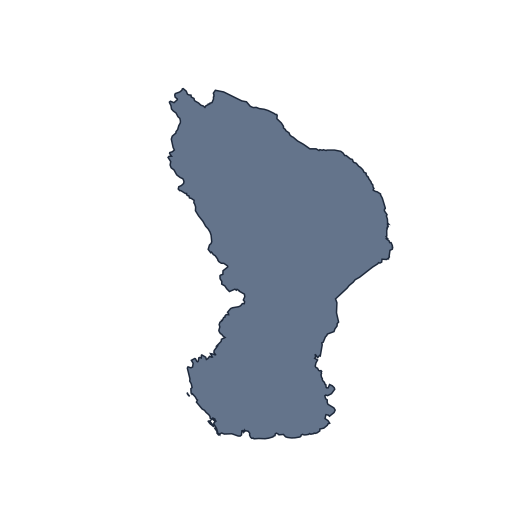 outline of Aceh Tamiang, Aceh, Indonesia, rotated 143°
{"feature_id": "22746128B57620394058931", "entity_name": "Aceh Tamiang", "entity_type": "district", "adm_level": 2, "iso_a3": "IDN", "parent_name": "Indonesia", "parent_adm1": "Aceh", "projection": "natural_earth1", "projection_center": [98.154, 4.204], "detail": "fine", "context": "isolated", "style": "filled", "palette": "slate", "viewbox_px": 512, "rotation_deg": 143, "n_neighbors": 0, "source": "geoboundaries", "source_scale": "gbopen_adm2", "svg_char_len": 6125}
<svg xmlns="http://www.w3.org/2000/svg" viewBox="0 0 512 512"><g transform="rotate(143 256 256)"><path d="M377.0,208.4L378.3,207.8L382.7,197.6L384.2,196.0L384.6,192.9L386.2,189.4L387.9,189.2L390.3,185.6L390.3,184.1L389.7,184.2L389.3,180.1L389.7,177.1L389.4,176.2L391.5,175.2L391.1,166.3L390.0,163.7L390.0,161.2L389.2,157.5L389.3,155.6L390.3,153.7L389.6,152.4L388.0,152.6L387.1,150.9L387.8,150.7L387.2,150.3L387.4,148.4L388.4,149.0L388.8,148.1L390.3,147.9L390.8,147.1L391.2,142.3L392.0,140.2L392.4,142.1L392.1,142.5L392.4,142.5L392.0,143.4L392.6,143.2L392.7,139.6L393.8,137.8L393.5,137.1L393.5,138.0L392.9,138.6L393.3,137.8L392.9,136.8L393.3,136.2L391.8,135.7L392.4,135.1L392.4,135.5L393.3,135.7L393.7,137.2L393.6,135.6L392.4,135.0L391.5,135.6L389.9,135.3L388.5,132.9L382.3,128.6L378.6,123.0L377.0,121.7L375.3,121.8L372.5,124.9L371.5,124.5L372.1,122.9L370.1,123.7L370.6,122.7L369.5,122.8L367.7,120.7L367.7,118.2L368.9,116.8L369.4,114.5L369.1,112.9L367.9,112.3L367.6,111.2L363.6,108.6L358.7,104.6L355.5,102.9L351.3,101.3L350.7,101.6L348.9,101.1L347.8,102.3L346.4,102.3L345.6,100.9L345.3,99.4L341.5,97.0L341.2,93.8L340.0,92.1L337.1,89.3L334.2,87.3L329.8,85.0L328.5,85.1L327.8,85.8L326.2,85.6L325.3,84.2L323.7,83.1L321.2,81.8L320.1,82.0L319.5,80.7L316.8,79.4L316.2,79.6L315.3,78.6L313.6,78.0L310.3,77.9L309.2,79.4L305.4,77.7L300.9,77.9L299.7,78.6L297.8,78.1L297.6,81.3L298.7,84.6L296.1,86.9L295.5,87.2L293.9,85.2L293.8,83.8L287.9,84.0L285.5,85.3L285.2,87.8L287.8,94.3L287.2,96.3L285.7,98.2L286.3,100.1L285.2,102.9L283.9,102.9L282.9,101.4L278.6,100.6L273.3,102.2L272.8,103.8L273.2,106.5L274.6,109.1L277.6,107.3L278.8,108.0L279.0,109.0L277.7,111.1L278.1,111.7L277.4,114.1L277.7,115.6L277.4,117.6L276.7,118.3L276.7,119.7L275.5,122.1L274.4,122.7L274.1,123.7L273.0,124.3L273.1,125.4L274.4,126.1L274.8,127.0L274.4,129.4L275.2,130.8L275.0,132.4L272.4,134.6L269.4,135.9L270.7,139.0L269.2,139.4L267.9,142.0L267.8,137.7L265.1,138.3L264.8,137.5L256.6,145.2L255.8,147.0L254.2,146.7L249.3,149.6L247.3,149.9L246.0,150.7L239.2,148.7L236.8,150.3L233.4,151.3L231.8,153.2L229.8,153.5L225.9,162.2L219.5,170.0L218.3,173.9L202.6,175.5L199.4,176.4L194.1,176.6L191.1,177.4L186.0,176.7L169.6,177.0L163.6,176.5L162.0,176.9L161.3,175.8L159.3,175.5L157.3,177.6L153.8,174.6L152.3,174.6L151.9,174.0L151.2,174.7L150.0,175.0L149.7,175.8L145.6,179.9L143.0,179.4L141.6,180.7L141.8,181.0L140.8,182.3L140.1,185.4L141.2,186.3L140.6,188.0L141.5,191.1L140.5,190.7L140.8,191.9L140.3,192.3L140.4,193.3L139.4,193.4L136.3,197.7L134.7,198.9L134.7,199.5L132.8,199.9L133.0,200.8L132.1,201.1L132.0,202.2L131.5,202.7L130.9,201.9L131.0,203.2L128.9,206.3L127.8,209.5L126.5,210.1L126.3,214.8L125.3,216.0L124.2,216.1L123.8,216.7L120.3,226.2L119.8,229.7L119.2,230.6L120.6,234.4L121.7,235.6L122.8,238.0L122.2,238.7L121.2,238.9L121.0,240.7L119.9,242.5L120.1,244.7L119.5,245.9L119.4,249.9L118.8,251.6L119.3,252.4L119.0,254.9L118.2,255.8L119.3,257.9L118.8,260.6L119.2,263.8L120.0,265.9L120.1,269.7L121.6,272.0L121.6,273.7L121.1,274.1L121.0,275.3L122.2,276.7L123.5,281.9L124.7,282.9L124.5,285.9L125.3,288.6L129.5,293.3L135.6,297.9L136.5,298.0L138.3,300.4L139.4,300.5L141.0,302.5L142.2,302.3L143.5,305.4L148.5,309.2L150.9,316.7L153.6,322.9L154.8,328.4L155.7,330.1L156.1,332.5L155.5,334.4L156.8,338.3L156.4,339.3L157.0,341.7L156.0,343.1L155.7,347.0L156.7,353.1L154.5,355.5L154.3,356.6L155.2,357.2L155.8,359.1L158.7,364.8L161.1,368.2L164.6,371.7L166.4,374.6L168.8,376.1L169.8,377.7L170.5,379.2L170.8,384.9L174.0,388.4L183.1,406.5L188.7,412.8L192.1,411.7L192.6,410.0L193.7,408.7L194.3,408.6L195.5,406.9L198.8,405.0L201.0,405.8L201.5,405.3L202.7,406.1L203.1,405.7L205.7,406.1L207.4,405.4L207.8,407.5L209.3,409.7L209.8,412.8L211.4,416.4L211.5,417.5L210.7,419.1L212.0,421.9L211.1,423.6L212.5,424.9L213.4,426.4L212.5,429.6L213.4,433.5L214.2,433.8L215.5,433.0L218.3,432.9L222.7,434.3L224.0,433.5L225.0,431.5L224.3,428.8L224.7,428.2L229.2,427.8L231.2,431.1L232.4,431.1L232.8,430.6L233.4,427.3L235.0,424.3L234.8,421.6L233.8,418.3L234.5,414.2L234.0,411.8L235.1,409.3L236.4,407.8L239.2,406.6L242.5,404.1L245.0,403.5L246.0,402.4L250.8,402.1L253.3,400.3L256.9,392.5L257.4,389.8L260.1,389.6L262.6,390.5L263.3,389.9L263.4,386.5L265.3,387.9L266.9,387.7L267.3,382.7L269.8,380.4L270.7,377.5L269.7,374.1L270.5,368.5L269.3,364.3L268.0,361.9L268.1,360.6L268.8,358.7L270.2,357.5L273.2,357.2L276.0,357.8L277.8,356.3L277.6,354.1L276.7,353.5L274.8,348.5L273.8,347.7L274.5,346.6L274.4,345.6L273.4,344.5L274.2,342.4L273.1,341.1L271.9,337.7L273.6,335.9L273.7,334.4L274.7,331.5L277.1,328.6L277.7,322.6L277.5,315.5L278.3,310.1L277.9,306.5L278.3,302.8L279.3,299.7L282.8,294.0L284.4,293.0L286.5,292.8L290.2,290.1L290.2,285.9L289.2,285.9L289.2,282.8L288.4,280.8L288.5,276.5L288.9,276.0L289.1,274.0L288.1,271.1L286.1,269.5L284.7,265.3L285.1,264.3L285.8,264.2L291.2,264.1L293.5,261.3L295.9,262.1L296.7,261.9L298.4,259.4L298.6,256.3L300.3,254.2L298.9,250.9L299.1,247.3L298.6,243.6L292.8,242.2L292.3,240.5L291.2,240.8L290.3,238.4L290.6,238.1L288.2,232.5L289.5,230.2L292.6,228.5L292.5,226.5L294.0,225.0L295.6,226.2L298.3,225.5L300.5,226.0L305.9,228.8L307.9,229.3L312.6,228.2L312.5,227.0L313.2,225.6L314.5,226.8L315.4,227.1L317.0,226.7L317.5,225.9L318.9,226.3L321.7,224.8L322.3,225.4L322.9,224.7L324.6,224.8L326.7,223.4L327.6,221.1L330.4,219.0L330.9,217.8L331.1,215.4L330.5,214.2L330.5,212.0L329.8,209.5L333.7,210.3L335.2,208.8L341.6,207.8L341.0,207.2L346.3,205.7L347.6,204.4L347.7,201.5L348.2,201.6L348.6,202.7L351.1,205.4L351.7,201.6L352.3,201.9L353.5,203.8L356.4,203.0L357.9,203.2L357.1,205.5L358.8,209.6L359.3,209.6L361.1,207.5L362.1,208.9L362.9,209.1L365.4,206.8L366.2,206.6L366.7,207.5L366.2,210.4L366.6,211.0L370.4,211.6L370.8,208.1L373.5,205.5L375.3,205.9L377.0,208.4ZM393.7,150.5L392.5,144.9L392.2,148.1L392.8,148.5L392.2,148.6L392.4,150.4L392.8,150.3L392.9,149.5L393.2,151.1L392.6,150.9L393.0,151.8L392.6,152.0L392.2,151.6L391.4,151.9L393.2,152.4L393.6,153.4L393.7,150.5ZM388.0,152.2L388.8,151.6L388.6,150.4L388.0,150.5L387.7,151.2L388.0,152.2ZM393.5,187.8L393.8,186.9L393.8,185.1L393.7,184.6L393.4,183.9L393.6,186.8L393.3,187.7L392.6,187.8L393.5,187.8Z" fill="#64748b" stroke="#1e293b" stroke-width="1.5"/></g></svg>